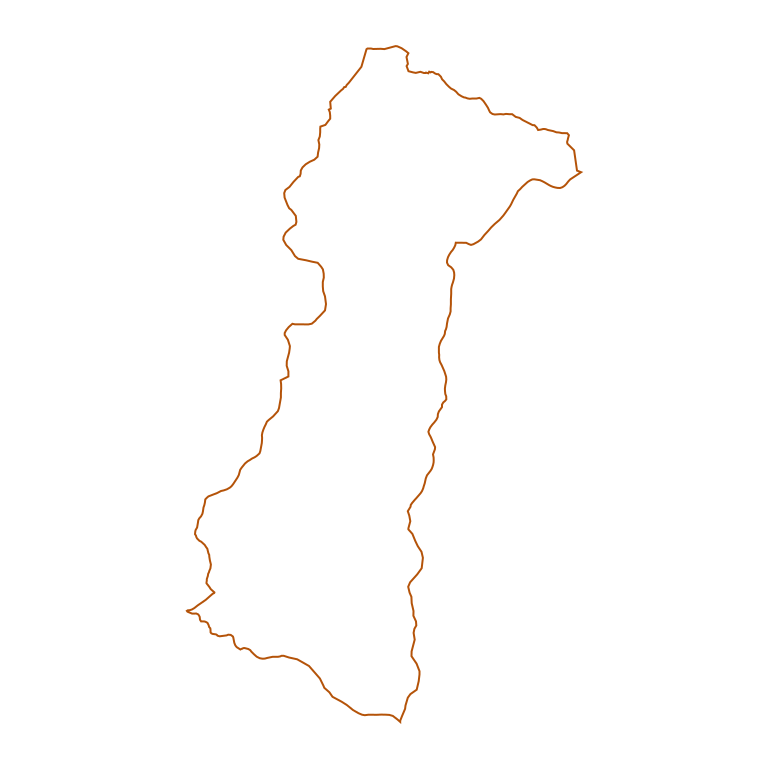 outline of Khoma, Lhuntshi, Bhutan
{"feature_id": "84629894B14168855768935", "entity_name": "Khoma", "entity_type": "district", "adm_level": 2, "iso_a3": "BTN", "parent_name": "Bhutan", "parent_adm1": "Lhuntshi", "projection": "mercator", "projection_center": [91.309, 27.836], "detail": "fine", "context": "isolated", "style": "outline", "palette": "amber", "viewbox_px": 768, "rotation_deg": 0, "n_neighbors": 0, "source": "geoboundaries", "source_scale": "gbopen_adm2", "svg_char_len": 6072}
<svg xmlns="http://www.w3.org/2000/svg" viewBox="0 0 768 768"><path d="M581.1,172.2L577.0,170.6L574.1,150.3L567.4,143.7L567.1,142.1L567.2,141.5L567.8,139.6L567.9,138.8L568.9,135.2L567.2,133.2L561.9,133.1L559.1,132.5L556.4,132.3L553.2,131.1L547.9,130.0L545.8,129.2L544.4,129.0L543.1,129.0L540.8,129.6L538.1,130.0L536.8,127.6L534.5,125.2L532.6,125.1L522.6,120.0L519.6,117.9L515.7,116.9L512.2,114.2L509.3,114.2L506.0,113.9L503.4,114.4L500.6,114.1L494.8,114.5L492.5,114.0L490.1,112.3L489.1,110.4L488.0,107.9L486.1,104.9L483.5,101.1L481.2,98.8L479.4,97.9L476.6,98.5L472.5,98.5L469.8,98.8L467.5,98.4L465.4,97.6L464.0,97.4L461.6,96.3L458.4,94.3L456.1,91.7L454.0,90.0L451.1,88.6L449.0,86.8L446.3,84.1L444.2,81.4L442.1,79.3L440.9,76.7L438.4,74.2L436.5,74.1L434.7,73.3L433.3,72.2L431.3,71.9L430.6,72.4L429.2,71.7L428.3,73.3L426.0,72.6L425.7,73.0L423.9,73.0L420.4,71.8L415.8,72.9L413.1,72.4L408.5,71.2L406.6,66.1L407.9,63.9L406.5,57.0L408.4,53.2L406.1,51.3L401.6,48.2L397.3,46.3L395.6,46.1L384.4,49.1L380.7,48.8L373.2,49.0L370.9,48.5L367.5,48.5L366.5,49.2L361.4,66.8L348.8,82.8L346.7,85.0L345.7,86.9L344.2,87.1L343.0,88.9L341.1,90.4L335.2,96.0L330.2,101.8L330.8,108.6L328.8,109.6L329.8,112.1L330.2,115.7L330.2,118.7L328.3,121.0L325.4,124.9L320.4,126.6L320.2,128.6L320.2,132.2L319.8,136.5L318.4,140.1L319.3,144.5L319.1,148.1L318.1,152.5L317.6,156.7L314.3,159.7L309.9,161.7L305.7,164.3L302.5,167.4L300.8,170.5L300.6,173.8L299.8,176.3L298.2,176.9L293.5,181.9L289.5,186.9L285.4,190.0L284.2,193.1L284.6,197.6L287.5,205.0L289.2,208.3L291.3,209.9L295.8,215.9L296.4,221.9L295.6,224.7L293.4,225.9L289.9,228.6L285.7,232.6L283.6,236.7L283.3,239.8L286.2,245.0L291.3,250.1L295.0,256.1L298.2,258.8L306.2,260.3L312.1,261.7L317.7,262.8L321.2,266.8L322.9,269.4L323.7,273.7L323.8,277.6L322.8,282.0L322.8,286.5L323.2,291.2L325.0,296.4L326.0,304.1L325.0,310.4L319.8,316.0L316.7,319.0L315.4,320.7L311.8,323.7L308.4,324.4L294.8,324.3L292.4,323.8L288.7,327.1L286.1,330.3L284.7,333.0L284.7,335.0L287.9,339.8L289.9,346.1L289.7,348.6L289.1,352.7L286.8,361.3L286.7,365.8L288.4,371.3L288.4,376.5L280.6,380.3L281.1,384.0L281.2,388.5L280.9,393.0L280.9,397.4L279.0,408.1L277.9,411.1L273.1,416.4L268.7,420.0L266.9,421.7L265.8,424.3L264.4,427.1L263.3,429.8L262.4,432.5L261.9,435.2L262.1,437.8L262.0,440.4L261.8,443.1L260.3,451.1L259.5,453.4L256.6,456.0L254.6,457.3L252.1,458.5L249.7,460.1L247.6,461.3L245.0,463.5L241.7,467.6L240.2,469.8L238.8,475.0L237.4,477.7L233.1,484.2L231.5,486.2L229.9,487.6L226.9,489.3L223.7,490.4L221.0,491.0L217.2,493.0L208.4,496.4L206.7,497.9L205.3,499.4L204.9,502.6L204.3,505.2L203.5,507.5L202.9,511.6L202.4,513.8L201.0,516.4L199.3,518.3L198.3,520.1L197.9,522.9L197.1,527.5L195.6,530.1L195.3,531.4L195.0,534.2L195.9,535.5L196.4,537.2L197.1,538.5L199.4,540.8L201.2,541.7L204.7,544.9L206.1,547.1L207.3,548.7L208.4,553.2L209.2,554.9L209.3,556.7L209.9,560.4L210.9,564.5L210.4,568.4L209.4,570.7L208.9,572.4L208.2,573.7L207.8,576.1L206.8,579.1L206.8,580.6L206.5,582.4L206.5,583.3L209.4,587.0L210.8,589.2L214.4,592.4L214.2,593.0L212.5,593.9L205.7,599.9L197.7,605.4L194.3,608.1L191.9,609.5L189.7,610.2L187.8,610.3L186.9,610.9L187.5,611.7L192.1,613.6L194.3,613.6L196.2,613.5L197.8,614.2L198.3,614.5L199.1,615.7L199.7,616.9L200.0,619.7L201.1,621.4L203.2,621.4L204.7,621.5L206.2,622.1L207.5,622.9L208.6,625.1L209.2,627.1L210.3,628.3L210.5,629.8L210.6,632.4L211.3,633.3L212.5,633.9L216.0,634.4L216.9,634.9L217.5,635.7L219.7,636.3L226.6,635.4L228.2,634.7L230.7,634.9L232.9,636.5L233.3,637.6L234.3,642.8L235.2,645.1L236.0,646.3L236.8,647.2L240.4,649.5L241.6,648.8L242.1,648.8L243.1,648.2L244.1,648.0L245.2,648.2L248.3,649.0L250.3,650.2L251.2,651.5L254.0,654.3L256.7,656.7L259.7,658.2L262.4,658.7L264.8,658.6L267.4,657.9L272.7,656.8L278.0,656.8L280.2,656.4L281.5,655.8L283.7,655.8L289.0,657.5L297.2,659.3L309.0,666.0L319.9,678.5L323.4,685.6L324.3,687.8L329.4,692.3L332.5,696.8L341.6,701.7L346.8,705.0L353.1,710.1L358.5,713.2L362.0,714.7L364.8,715.2L368.6,714.7L376.6,714.8L381.3,714.6L385.6,714.7L389.3,714.9L392.8,715.9L397.5,719.5L400.2,721.9L400.2,720.7L402.1,715.9L405.1,708.8L405.5,705.5L407.8,697.7L410.4,694.1L416.7,689.7L418.7,681.2L419.5,674.5L419.5,671.2L416.6,663.7L411.5,656.2L411.6,651.4L414.7,639.6L413.6,632.9L414.4,628.8L416.3,625.5L416.0,621.4L413.4,615.8L413.5,611.0L411.7,603.2L411.4,596.8L409.6,592.7L408.2,586.8L410.1,582.3L417.2,574.4L421.7,568.2L422.9,557.8L421.5,551.8L417.8,546.2L415.3,541.0L412.4,533.9L408.4,529.4L408.4,528.3L410.3,521.2L409.3,515.7L407.8,511.2L410.5,506.8L410.8,504.9L412.1,503.0L414.8,499.8L416.2,498.3L420.6,493.2L422.0,491.1L423.2,488.3L423.8,486.1L424.7,483.4L425.8,478.4L427.0,475.3L430.5,470.8L431.7,468.9L432.4,467.1L433.1,464.9L433.6,462.4L433.7,460.3L433.6,457.5L433.0,454.4L434.9,449.3L435.1,447.1L432.7,441.8L431.4,438.6L430.5,436.6L429.2,434.3L428.4,431.8L429.2,429.5L430.3,427.3L432.3,424.6L434.2,422.5L436.4,419.7L437.7,417.0L437.9,414.1L438.9,411.4L442.0,407.1L442.0,404.6L443.3,402.4L445.0,401.0L446.3,399.4L446.2,396.3L445.3,394.0L445.0,391.1L444.9,388.6L445.3,385.4L446.0,382.1L446.3,379.5L446.1,376.7L444.3,371.1L441.6,365.0L440.1,362.2L439.4,360.0L439.1,357.3L439.2,354.9L438.9,352.6L438.9,349.8L438.9,346.9L439.8,343.7L441.0,340.8L444.0,335.9L444.8,333.9L445.1,331.1L446.0,329.1L446.6,326.9L447.0,323.6L448.0,318.5L449.8,314.4L450.6,311.4L450.6,308.5L450.9,304.4L450.9,299.1L451.2,293.8L451.2,289.0L451.6,286.7L452.1,284.7L452.9,282.5L454.0,278.5L454.3,275.1L454.1,272.5L453.3,269.8L451.2,267.3L448.2,265.2L447.0,262.6L447.1,260.2L448.0,257.2L449.2,254.8L451.0,252.0L452.7,250.0L454.1,247.7L455.3,245.2L455.8,242.7L466.2,242.8L468.8,244.1L471.0,244.9L473.4,244.2L478.1,241.6L481.0,239.4L484.4,235.0L488.2,230.9L491.2,227.4L494.9,223.8L499.4,220.0L503.3,215.6L505.0,213.3L509.9,206.4L511.1,204.3L513.3,199.7L516.8,193.6L517.9,191.2L520.1,189.2L522.2,186.9L527.6,182.0L530.0,180.5L532.3,179.4L534.3,179.3L540.0,180.2L542.3,181.2L544.6,182.4L549.3,185.2L551.1,186.1L553.1,186.9L555.4,187.5L557.5,187.9L560.1,188.0L562.4,187.2L564.5,185.8L566.2,184.1L568.4,181.3L570.2,179.4L581.1,172.2Z" fill="none" stroke="#b45309" stroke-width="2"/></svg>